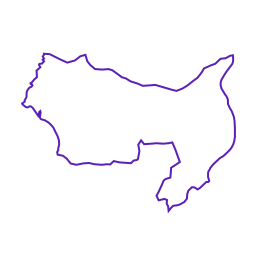 Orang, Hamgyŏng-bukto, North Korea (Equal Earth projection), rotated 184°
{"feature_id": "82179303B20024569416279", "entity_name": "Orang", "entity_type": "district", "adm_level": 2, "iso_a3": "PRK", "parent_name": "North Korea", "parent_adm1": "Hamgyŏng-bukto", "projection": "equal_earth", "projection_center": [129.358, 41.426], "detail": "fine", "context": "isolated", "style": "outline", "palette": "violet", "viewbox_px": 256, "rotation_deg": 184, "n_neighbors": 0, "source": "geoboundaries", "source_scale": "gbopen_adm2", "svg_char_len": 2323}
<svg xmlns="http://www.w3.org/2000/svg" viewBox="0 0 256 256"><g transform="rotate(184 128 128)"><path d="M52.2,194.9L56.4,192.7L58.1,189.1L59.8,186.4L62.3,182.8L65.6,180.1L71.5,174.7L76.5,171.1L82.3,168.4L87.3,169.3L99.7,172.0L103.8,172.9L109.6,172.0L116.2,171.1L121.2,172.9L128.6,174.7L133.6,177.3L137.7,178.2L141.8,180.9L147.6,184.5L151.7,185.4L157.5,184.5L165.0,184.5L169.9,188.1L173.2,191.7L175.6,198.0L180.6,196.2L185.6,191.7L193.1,189.0L200.5,191.7L211.2,196.2L217.1,196.2L217.0,195.0L218.0,193.4L216.6,191.3L217.9,190.3L216.4,188.7L218.2,186.3L220.2,185.9L220.9,185.7L221.2,184.8L219.7,182.5L223.2,178.9L222.4,172.4L225.1,169.6L226.8,167.1L228.4,165.9L228.2,165.2L226.7,164.7L226.3,163.7L227.2,162.4L229.0,161.6L230.8,159.0L231.6,156.7L231.4,152.2L231.4,151.8L233.0,148.4L232.9,147.0L235.3,145.1L234.9,144.2L231.3,141.7L229.6,141.5L227.6,142.8L226.5,142.8L224.4,141.4L218.5,133.9L217.5,138.1L216.7,138.8L216.2,137.1L216.7,132.8L216.3,131.6L215.3,130.7L211.4,129.9L207.5,127.8L204.4,125.2L202.6,123.3L197.5,114.6L196.0,110.6L195.5,106.7L196.2,102.7L196.0,101.1L197.0,99.0L196.3,96.5L191.0,95.8L186.9,93.1L182.8,88.6L177.0,87.7L170.4,89.5L164.6,90.4L158.9,89.5L151.4,89.5L146.5,90.4L143.2,90.4L140.7,93.1L139.9,94.0L134.1,93.1L128.3,93.1L125.0,93.1L122.6,93.1L120.1,95.9L116.8,96.8L115.9,97.7L115.0,105.8L116.6,112.1L114.1,116.6L110.8,113.0L104.2,113.9L98.5,114.8L91.9,114.8L86.1,115.7L82.8,116.7L79.5,110.3L77.1,104.9L75.5,101.3L73.9,97.7L79.7,93.2L82.2,91.4L82.2,88.7L82.2,85.1L82.3,81.5L87.2,79.6L88.9,77.8L89.7,75.1L91.4,70.6L93.1,66.1L94.8,62.5L92.4,58.0L86.6,59.8L84.1,58.9L84.1,55.3L82.5,52.6L81.7,48.1L79.2,51.7L77.6,53.5L73.4,54.4L71.0,55.3L66.8,58.0L64.3,61.6L64.3,66.1L63.4,69.7L60.1,73.4L57.6,73.4L54.3,71.6L51.8,73.4L50.2,75.2L47.7,77.9L46.0,79.7L44.3,79.7L43.3,80.8L44.7,84.7L45.0,88.8L44.6,90.6L43.7,92.1L43.2,93.7L40.7,97.4L34.4,104.2L30.7,106.8L25.7,112.3L24.4,114.0L23.2,115.9L21.8,119.2L21.0,122.9L20.7,127.2L20.9,128.8L21.3,135.1L22.3,143.0L23.2,146.6L25.6,151.8L28.1,155.5L29.9,158.9L30.3,162.9L30.9,164.6L32.0,166.5L33.5,168.2L37.4,173.8L38.6,177.1L38.7,179.2L38.5,181.3L37.9,183.1L35.4,188.1L33.4,191.6L28.6,198.9L28.0,200.7L27.8,202.8L28.2,206.8L28.4,207.9L31.3,207.1L35.5,204.4L40.5,203.5L42.2,201.7L45.5,198.1L49.7,196.3L52.2,194.9Z" fill="none" stroke="#5b21b6" stroke-width="2"/></g></svg>